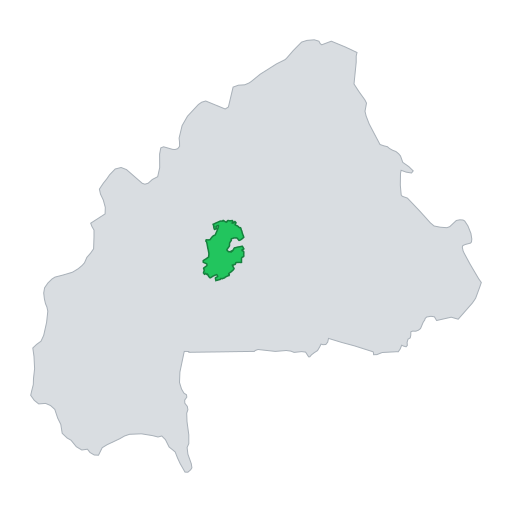 location of Boulkiemde, Boulkiemdé, Burkina Faso
{"feature_id": "67063806B25202403935187", "entity_name": "Boulkiemde", "entity_type": "district", "adm_level": 2, "iso_a3": "BFA", "parent_name": "Burkina Faso", "parent_adm1": "Boulkiemdé", "projection": "equal_earth", "projection_center": [-2.114, 12.316], "detail": "fine", "context": "in_parent", "style": "filled", "palette": "green", "viewbox_px": 512, "rotation_deg": 0, "n_neighbors": 0, "source": "geoboundaries", "source_scale": "gbopen_adm2", "svg_char_len": 8412}
<svg xmlns="http://www.w3.org/2000/svg" viewBox="0 0 512 512"><path d="M396.9,351.7L382.2,352.5L376.9,354.6L373.6,354.7L373.5,352.9L373.1,351.8L354.6,345.9L341.6,342.4L328.5,338.4L327.7,342.1L325.8,344.5L323.0,344.7L321.0,344.1L319.7,346.9L317.5,350.6L314.5,352.5L311.5,354.8L309.8,356.8L308.6,356.8L305.6,352.1L301.6,351.6L294.1,352.4L290.8,351.1L286.2,350.5L275.3,351.4L258.0,349.5L255.2,350.5L254.4,351.4L237.3,351.6L218.4,351.9L202.6,352.1L188.8,352.3L188.8,351.5L184.3,351.4L183.9,353.0L179.9,372.1L179.5,382.5L181.5,389.0L183.9,393.1L186.5,394.8L186.8,397.1L184.7,400.1L184.8,403.2L187.3,406.4L187.9,409.7L186.7,413.2L187.0,421.6L188.8,434.9L188.8,443.6L187.1,447.5L187.9,454.2L191.3,463.8L191.9,467.8L190.7,469.7L187.9,472.2L185.0,472.1L181.7,466.3L180.2,463.7L177.5,457.9L175.2,452.0L172.1,449.4L169.1,447.0L165.4,439.6L161.8,436.0L158.0,437.0L152.5,435.6L141.4,433.8L129.5,434.3L124.5,436.0L119.6,438.8L107.1,444.7L102.2,447.7L98.5,455.2L94.3,455.0L90.1,452.6L87.4,449.2L81.8,450.0L76.3,446.7L71.0,440.2L67.1,438.0L62.2,433.3L60.8,424.4L57.7,418.1L54.8,409.4L50.5,405.5L45.6,403.4L38.7,403.9L34.3,400.4L30.7,395.3L31.7,390.9L33.3,384.6L33.5,378.5L34.6,368.8L34.0,356.5L32.8,348.0L36.6,344.4L41.0,341.2L43.7,335.4L46.6,322.4L47.8,311.2L46.9,307.0L45.5,303.7L44.4,298.9L43.7,293.0L44.6,287.8L47.9,283.0L52.0,279.0L55.0,277.1L62.8,275.1L72.5,272.2L78.1,268.8L82.2,265.4L84.5,262.8L86.9,257.3L90.6,253.1L93.6,248.8L94.0,236.9L94.0,230.1L91.9,226.4L90.7,223.2L105.1,213.9L105.3,207.4L103.3,200.0L100.5,194.1L99.4,189.1L103.4,183.1L107.0,178.6L109.6,174.8L115.2,169.0L121.1,167.5L126.5,169.6L142.2,183.3L144.9,184.2L148.2,183.2L152.3,179.5L157.7,176.7L159.7,167.6L159.6,154.1L160.8,147.9L163.6,146.8L172.7,149.4L175.1,149.5L177.7,148.7L179.6,146.3L179.5,142.0L179.1,138.1L182.1,125.6L187.5,116.2L198.4,104.5L201.7,102.2L205.7,101.0L225.2,109.0L228.4,107.0L233.1,87.1L238.4,85.2L244.7,84.8L248.8,83.1L251.0,81.7L260.2,74.2L276.5,63.9L285.3,59.5L287.0,57.8L293.3,50.5L301.6,42.1L307.0,40.4L314.3,39.8L318.9,41.2L320.2,43.6L321.7,44.8L331.3,41.2L345.1,46.9L357.0,52.5L356.2,56.0L356.2,62.3L355.2,72.1L354.0,84.0L359.0,91.7L364.9,99.9L366.5,103.1L365.0,111.3L366.1,116.0L369.2,124.0L374.5,134.1L380.0,144.5L383.8,145.8L387.4,146.7L389.5,148.5L392.7,150.3L395.9,151.5L398.7,153.8L400.5,156.0L402.8,162.4L408.9,166.7L413.2,170.9L411.5,173.0L406.1,172.1L401.1,170.3L400.5,173.4L400.3,185.1L401.2,195.0L402.3,196.3L407.4,198.1L419.5,210.8L430.4,222.9L434.1,226.0L440.2,227.2L446.9,227.7L449.8,226.6L456.3,220.5L459.8,219.8L463.0,220.0L464.7,221.0L467.9,225.9L470.9,233.4L471.8,239.0L471.5,241.9L470.5,243.1L465.2,244.5L462.8,245.6L462.3,247.2L463.1,250.9L464.2,253.3L470.1,264.2L478.7,278.8L481.3,282.5L479.8,286.9L475.6,298.3L472.4,303.0L458.2,319.2L451.2,317.2L436.6,320.5L434.4,316.8L430.9,316.3L426.7,317.0L425.2,318.4L424.7,320.0L423.2,322.2L420.5,328.6L418.4,330.2L415.8,331.2L412.6,331.1L410.8,331.9L410.8,335.1L410.2,337.9L408.0,339.2L407.1,342.3L407.3,345.4L406.1,346.8L403.3,346.0L401.7,345.2L400.1,349.1L398.2,351.8L396.9,351.7Z" fill="#d9dde1" stroke="#a8b0b8" stroke-width="1"/><path d="M234.8,221.6L234.3,222.1L233.9,222.5L233.5,222.8L233.2,223.0L232.9,223.1L232.7,223.1L232.5,222.7L232.4,222.7L232.6,222.5L232.7,221.8L232.9,221.3L232.6,221.0L232.6,220.9L232.4,220.7L232.2,220.5L231.4,220.7L230.9,220.7L230.2,220.8L229.8,220.9L228.9,220.6L228.4,220.5L228.0,220.5L227.7,220.6L227.3,220.9L227.3,221.1L227.3,221.4L227.3,221.5L226.7,221.8L226.6,222.0L226.4,221.8L226.1,221.9L225.9,221.9L225.9,222.0L225.7,222.0L225.1,221.6L224.4,221.1L223.6,220.6L223.4,220.5L223.3,220.4L223.1,220.4L222.8,220.7L222.7,220.9L222.7,221.1L221.4,221.1L220.2,221.1L217.8,222.2L215.4,223.2L214.5,223.7L213.1,224.3L213.4,224.9L213.5,225.4L213.6,226.0L213.7,226.3L214.0,226.6L213.8,227.0L213.8,227.5L214.0,228.3L214.1,228.5L214.3,229.1L214.4,229.3L214.7,229.5L215.6,229.0L216.1,228.9L216.3,228.7L216.3,228.3L216.2,227.8L216.1,227.0L216.1,226.6L216.6,226.2L217.0,225.9L217.3,225.7L218.2,225.5L218.4,225.5L218.5,225.7L218.5,225.8L218.4,226.3L218.4,226.6L218.2,227.1L218.0,227.4L218.1,227.5L218.2,227.8L218.1,228.0L217.9,228.3L217.8,228.6L217.6,229.1L217.4,229.8L216.9,231.1L216.3,232.4L215.4,234.6L215.2,234.9L214.8,235.2L213.7,235.6L213.1,236.0L212.4,236.6L211.0,238.3L210.2,239.5L209.9,239.8L209.3,239.8L208.7,239.9L208.1,239.9L206.3,239.8L206.1,239.9L205.9,240.8L205.9,241.2L206.0,241.3L206.4,241.6L206.5,241.9L206.7,242.4L206.8,242.9L207.0,243.6L207.4,245.9L207.6,246.8L207.7,247.8L208.2,249.7L208.8,253.0L208.9,253.9L208.9,254.3L208.7,255.5L208.7,256.6L208.6,256.9L208.6,257.0L207.0,258.1L206.6,258.5L203.8,260.2L203.5,260.5L203.2,260.7L203.2,260.9L203.2,262.1L203.3,262.3L204.0,262.6L206.0,263.5L206.6,263.7L206.7,263.8L206.8,264.0L206.9,264.3L207.0,265.2L206.9,265.5L206.6,265.9L205.0,267.0L204.5,267.5L203.7,268.0L203.6,268.6L204.0,269.4L204.1,269.7L204.1,270.0L204.2,270.6L203.8,271.7L203.6,272.3L203.5,272.6L203.5,272.9L203.5,273.0L203.9,273.3L204.3,273.9L204.4,274.2L204.5,274.2L204.7,274.3L204.9,274.1L205.7,273.7L205.8,273.5L206.5,274.1L206.7,274.3L206.9,274.5L207.0,274.5L207.3,274.2L207.5,274.1L207.6,274.3L207.8,274.6L207.7,274.6L207.8,274.9L208.2,275.6L208.7,276.4L209.6,277.5L210.0,277.8L210.3,277.8L210.5,277.8L211.4,277.2L212.3,276.6L213.1,276.1L214.0,275.7L214.8,275.3L215.9,274.9L216.7,274.6L217.0,274.9L217.1,275.1L217.6,276.0L217.7,276.3L217.7,276.5L217.4,276.8L217.2,276.9L216.7,277.1L216.3,277.3L215.7,277.6L215.5,277.8L215.4,278.1L215.4,278.3L215.5,278.9L215.6,279.2L215.7,279.7L215.7,280.0L215.9,280.5L216.0,280.4L216.5,280.4L217.1,280.3L218.1,280.0L219.9,279.5L220.1,279.5L220.4,279.2L220.6,278.9L220.8,278.8L221.0,278.5L221.3,278.7L221.6,278.6L221.9,278.6L222.1,278.6L222.3,278.7L222.5,278.7L223.0,278.4L223.4,278.2L223.9,278.1L224.5,277.9L224.8,277.7L225.2,277.2L225.5,277.0L226.0,276.7L226.4,276.6L227.5,276.0L228.0,275.8L228.5,275.6L228.9,275.7L229.0,275.6L229.3,274.8L229.3,274.6L229.2,274.5L228.7,274.1L228.7,273.6L230.0,272.6L231.6,271.5L231.7,271.3L231.9,271.1L232.9,270.3L233.4,269.6L233.9,269.0L234.0,268.8L233.9,268.5L234.0,268.3L233.9,268.2L233.7,268.0L233.7,267.8L233.1,266.9L233.0,266.5L232.8,266.4L232.5,265.6L232.4,265.4L232.4,265.1L232.5,265.1L232.7,265.4L232.8,265.3L233.4,265.1L233.9,264.7L234.0,264.5L234.7,264.6L234.8,264.6L235.1,264.4L235.3,264.2L235.6,263.6L235.7,263.3L235.7,263.1L235.8,262.7L236.0,262.6L237.0,262.4L238.0,262.5L238.7,262.4L239.8,262.4L240.6,262.5L241.1,262.5L241.5,262.4L241.5,260.7L241.5,260.1L241.5,259.1L241.5,258.4L241.6,258.1L241.8,257.8L242.0,257.4L242.4,257.1L242.6,257.1L243.0,256.9L243.4,256.7L243.6,256.5L243.7,256.4L243.8,256.1L243.8,255.1L243.7,254.1L243.8,253.4L243.8,252.7L243.8,252.2L243.7,251.8L243.7,251.6L243.6,251.4L243.1,251.0L242.8,250.9L242.6,250.9L242.3,250.7L242.1,250.6L242.0,250.3L242.0,250.1L242.1,249.8L242.3,249.7L243.2,249.4L243.6,249.1L243.8,249.0L243.8,248.9L243.8,248.6L243.6,248.4L242.9,247.2L242.6,246.6L242.4,246.5L242.2,246.2L239.6,246.8L238.0,247.0L236.1,247.5L234.9,247.8L234.6,247.8L234.3,248.0L234.0,248.4L233.6,249.2L233.3,249.7L232.7,250.4L232.8,250.5L232.7,250.6L232.6,250.8L232.3,251.1L232.1,251.0L231.9,251.1L231.6,251.0L231.6,250.9L231.2,251.0L231.0,251.3L231.0,251.5L231.1,251.9L230.9,251.9L230.7,251.9L230.3,251.9L230.1,251.9L229.7,251.7L229.4,251.7L228.9,251.8L228.7,251.8L228.5,251.7L228.3,251.6L227.8,250.9L227.6,250.8L227.4,250.6L227.1,250.5L226.9,249.6L228.1,247.9L228.7,247.1L229.2,246.4L229.5,245.8L229.5,244.6L229.6,243.0L229.7,242.8L229.9,242.4L231.2,240.6L231.3,240.5L231.3,240.3L231.2,239.7L231.2,239.3L231.3,239.0L231.5,238.7L231.9,238.6L232.2,238.5L232.4,238.5L233.1,238.3L233.9,237.9L234.3,237.9L234.6,237.9L235.3,238.0L235.6,237.9L236.0,237.8L236.7,237.9L237.4,238.5L237.7,238.8L238.3,239.5L238.6,240.0L238.8,240.2L239.0,240.4L239.3,240.4L239.6,240.3L239.9,240.2L240.8,239.7L241.3,239.4L242.0,238.8L242.3,238.7L242.9,238.1L243.3,237.7L243.7,237.3L243.8,237.2L243.7,237.0L243.5,236.3L243.4,235.9L243.1,235.3L242.3,233.1L242.1,232.3L241.9,231.3L241.8,231.0L241.7,230.8L241.4,230.2L241.2,229.7L240.9,228.4L240.7,228.0L240.6,227.8L240.5,227.7L240.3,227.7L239.9,227.7L239.5,227.7L238.7,227.1L238.4,226.7L238.1,226.4L237.8,226.2L237.2,225.8L236.4,225.5L235.9,225.2L235.1,224.8L235.1,224.6L235.2,224.2L235.6,223.4L235.9,223.1L236.0,222.9L236.0,222.7L235.9,222.5L235.7,222.4L235.5,222.2L235.4,222.0L235.3,221.9L235.1,221.7L235.0,221.8L234.8,221.6Z" fill="#22c55e" stroke="#15803d" stroke-width="1.5"/></svg>